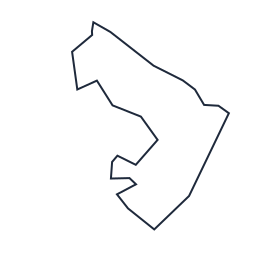 the border of Atua, rotated 212°
{"feature_id": "WSM-4987", "entity_name": "Atua", "entity_type": "state/province", "adm_level": 1, "iso_a3": "WSM", "parent_name": "Samoa", "parent_adm1": "", "projection": "mercator", "projection_center": [-171.556, -13.962], "detail": "fine", "context": "isolated", "style": "outline", "palette": "slate", "viewbox_px": 256, "rotation_deg": 212, "n_neighbors": 0, "source": "natural_earth", "source_scale": "10m", "svg_char_len": 472}
<svg xmlns="http://www.w3.org/2000/svg" viewBox="0 0 256 256"><g transform="rotate(212 128 128)"><path d="M115.7,76.1L123.5,90.8L122.3,98.9L101.9,100.9L96.6,133.6L123.1,144.5L153.1,139.0L179.5,151.7L191.4,133.8L215.8,163.0L207.7,187.9L209.9,191.0L213.4,199.3L193.8,200.1L139.3,194.4L106.7,197.4L91.6,196.1L75.7,187.9L63.1,194.8L50.3,194.0L40.2,102.7L52.0,55.9L85.4,59.8L102.2,65.9L91.4,84.5L100.2,86.3L115.7,76.1Z" fill="none" stroke="#1e293b" stroke-width="2"/></g></svg>